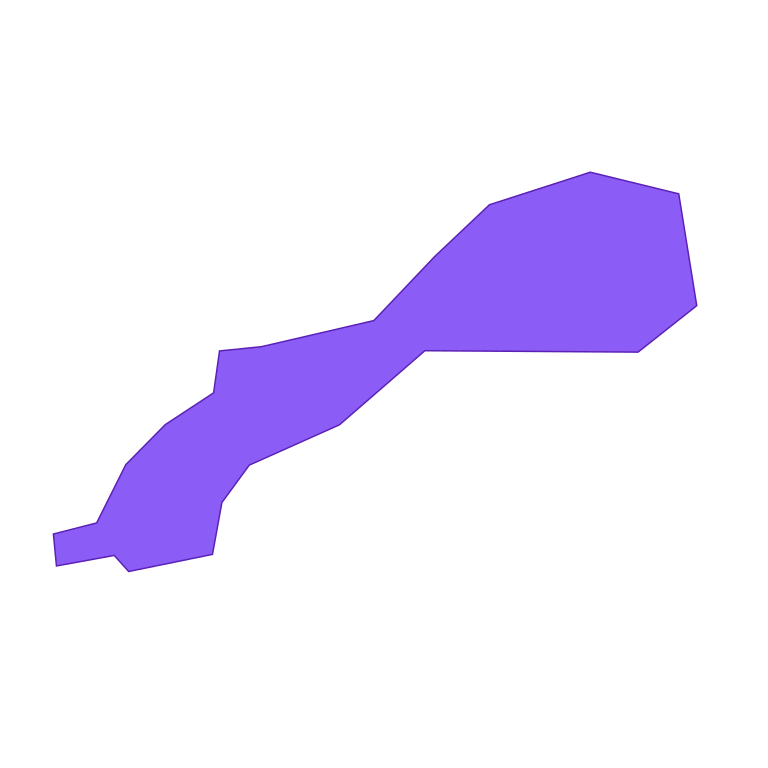 the border of Saint George Basseterre, rotated 284°
{"feature_id": "KNA-5101", "entity_name": "Saint George Basseterre", "entity_type": "Parish", "adm_level": 1, "iso_a3": "KNA", "parent_name": "Saint Kitts and Nevis", "parent_adm1": "", "projection": "natural_earth1", "projection_center": [-62.687, 17.269], "detail": "fine", "context": "isolated", "style": "filled", "palette": "violet", "viewbox_px": 768, "rotation_deg": 284, "n_neighbors": 0, "source": "natural_earth", "source_scale": "10m", "svg_char_len": 446}
<svg xmlns="http://www.w3.org/2000/svg" viewBox="0 0 768 768"><g transform="rotate(284 384 384)"><path d="M376.3,216.4L390.5,255.9L443.1,358.8L519.7,402.2L583.4,442.9L639.4,532.9L639.8,624.0L535.7,668.5L476.4,622.8L426.2,415.6L333.7,350.7L272.7,272.9L229.8,255.4L177.2,258.8L140.3,181.6L152.4,163.7L128.2,110.2L158.5,99.5L179.7,138.8L243.3,153.0L291.7,181.6L334.2,220.8L376.3,216.4Z" fill="#8b5cf6" stroke="#5b21b6" stroke-width="1.5"/></g></svg>